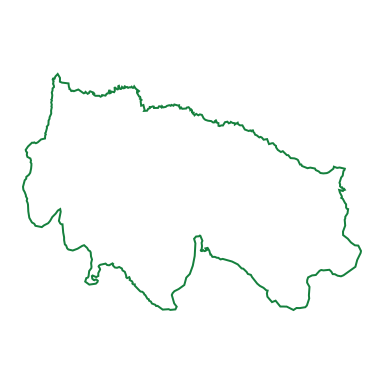 Tebe-Tebe, Berea, Lesotho
{"feature_id": "5366337B30705161784886", "entity_name": "Tebe-Tebe", "entity_type": "district", "adm_level": 2, "iso_a3": "LSO", "parent_name": "Lesotho", "parent_adm1": "Berea", "projection": "albers", "projection_center": [27.887, -29.222], "detail": "fine", "context": "isolated", "style": "outline", "palette": "green", "viewbox_px": 384, "rotation_deg": 0, "n_neighbors": 0, "source": "geoboundaries", "source_scale": "gbopen_adm2", "svg_char_len": 5869}
<svg xmlns="http://www.w3.org/2000/svg" viewBox="0 0 384 384"><path d="M309.2,298.5L308.9,295.3L309.5,286.9L307.1,282.6L307.2,280.1L308.1,277.4L312.1,275.4L315.8,275.0L319.6,270.8L321.2,270.0L323.5,270.4L329.4,269.8L331.3,271.6L332.7,274.1L334.9,274.2L337.6,275.7L341.0,276.3L343.5,275.3L355.4,266.8L357.2,260.0L360.6,253.0L361.0,251.0L358.3,245.6L354.9,245.3L351.0,242.5L347.8,238.7L343.1,235.1L343.0,231.6L345.2,225.6L344.7,219.7L345.2,218.7L345.3,216.7L347.5,213.4L348.1,209.1L346.8,208.7L346.1,207.5L346.1,204.3L344.9,202.8L342.8,198.8L341.3,197.9L341.9,197.2L341.8,196.2L339.9,192.6L339.2,190.0L342.9,191.0L343.6,190.2L344.8,189.8L344.0,188.7L342.4,188.5L342.1,187.4L341.2,187.4L340.0,186.3L340.1,184.3L339.5,182.8L341.2,177.4L342.7,175.7L343.4,171.2L344.5,169.9L344.8,168.7L339.6,167.5L337.1,167.9L333.9,166.7L333.4,168.7L328.7,172.3L326.8,173.1L323.3,173.4L320.4,173.0L318.7,171.4L315.8,170.1L314.9,168.5L310.2,167.6L307.5,168.2L302.0,166.0L301.3,164.5L300.0,164.5L298.0,160.1L296.7,159.2L294.5,158.4L290.6,158.1L288.3,155.2L286.8,155.1L282.8,151.2L280.9,152.0L277.8,149.9L276.1,147.4L276.0,145.9L274.5,144.9L273.2,143.3L272.2,143.2L269.0,144.1L267.1,139.1L263.6,139.7L261.9,137.6L260.6,136.9L259.3,137.4L256.7,135.3L255.1,134.7L254.5,133.2L253.3,131.8L253.0,130.4L252.1,130.4L251.3,131.2L250.2,130.4L248.8,131.0L244.8,129.5L242.4,125.3L239.9,125.3L238.1,124.1L237.7,122.7L234.8,124.5L234.7,123.2L232.5,122.9L230.8,121.9L230.0,122.9L228.8,123.3L227.4,121.7L225.0,122.2L222.9,125.5L221.3,125.4L219.6,126.1L218.5,125.8L218.4,123.1L217.1,122.8L215.9,120.4L214.8,121.2L214.8,122.3L213.2,122.5L211.2,121.1L208.0,120.7L205.3,119.8L203.7,118.4L201.9,114.9L199.9,114.4L198.3,115.3L196.2,113.9L194.5,115.3L194.1,114.4L192.9,113.6L193.5,112.6L192.0,112.2L192.0,110.4L191.3,109.5L190.3,110.2L190.0,108.8L188.6,107.2L186.8,107.6L186.2,108.5L182.2,108.8L181.0,107.4L180.1,108.4L179.1,106.6L179.1,105.3L177.9,105.5L174.3,104.5L173.5,105.7L171.4,104.9L170.7,105.8L169.3,105.2L166.9,105.9L165.7,106.9L163.1,107.4L162.0,106.2L161.5,107.4L160.1,106.3L158.9,106.4L158.1,107.9L154.0,108.0L153.8,106.6L152.8,106.4L151.0,107.1L149.8,107.0L149.8,108.2L148.2,108.8L147.1,110.7L144.1,110.9L144.6,109.9L143.4,105.0L141.2,105.7L140.6,101.0L141.5,100.0L140.0,98.9L140.5,98.3L140.1,96.8L139.2,96.6L137.0,92.8L137.1,91.0L137.7,90.9L138.5,91.6L139.0,91.1L135.8,88.7L134.2,86.4L133.5,87.8L132.6,87.8L131.6,86.7L130.8,87.4L129.1,87.3L128.4,87.8L127.6,87.7L127.1,87.0L125.8,87.2L124.8,86.3L124.5,86.6L124.9,87.8L123.8,88.3L123.0,88.1L122.0,87.0L121.3,88.8L120.7,89.0L120.1,88.9L119.3,87.5L118.9,85.8L118.4,86.0L118.2,87.0L118.6,88.2L117.9,89.3L117.3,89.4L115.0,87.6L114.6,87.8L114.8,90.9L114.1,92.2L111.1,91.5L110.9,92.8L109.9,93.3L109.2,92.3L109.5,90.6L109.1,90.6L108.7,92.2L107.7,93.6L106.7,93.7L105.5,95.6L102.1,95.1L101.8,96.1L100.5,96.7L99.3,95.8L95.6,95.8L94.6,95.4L92.9,93.8L93.0,93.2L93.9,93.2L93.5,92.6L90.1,91.3L89.5,91.7L89.1,92.9L87.7,93.8L85.5,91.9L84.8,93.0L83.7,93.3L78.3,89.5L73.9,91.2L72.8,90.7L71.9,91.1L71.1,90.9L70.5,89.6L69.4,88.9L69.6,88.5L68.9,86.9L68.5,83.4L61.9,82.6L59.9,81.7L60.0,77.9L57.7,74.0L55.3,76.6L54.6,78.7L53.7,79.2L53.7,78.4L53.0,78.6L52.7,79.7L53.4,80.5L53.6,81.5L53.2,81.9L53.4,83.1L53.0,83.8L53.8,85.4L54.0,87.0L52.6,88.4L52.5,90.7L51.8,92.5L52.3,95.2L51.9,98.8L51.3,99.7L51.9,100.6L51.2,102.3L51.8,104.8L51.4,106.5L51.8,107.1L51.1,110.5L51.2,113.7L49.6,117.2L49.5,118.9L48.6,120.5L48.4,124.7L46.8,126.7L47.0,127.9L45.7,132.7L45.2,133.2L45.8,134.6L45.2,135.2L45.0,138.5L41.1,139.4L37.8,142.3L36.3,143.1L35.7,143.2L34.2,142.4L33.7,142.8L32.0,142.7L28.0,146.5L25.7,149.9L26.2,151.6L27.1,152.4L26.8,154.9L27.4,156.9L30.4,158.5L31.0,160.5L30.6,162.3L31.4,163.5L31.4,165.3L31.1,168.5L30.2,172.8L28.9,174.8L26.3,176.9L26.2,178.7L24.7,180.3L23.0,186.8L23.4,189.8L24.6,191.9L25.9,195.2L25.9,196.3L27.2,198.7L26.7,200.8L27.6,202.9L28.0,204.7L28.3,211.4L29.3,217.8L31.9,222.4L34.3,223.8L35.4,225.8L41.8,227.1L44.1,225.3L48.2,223.2L50.1,220.9L52.3,217.0L55.7,213.6L57.8,210.6L60.2,209.1L60.7,211.7L58.9,220.9L60.3,223.5L61.5,224.3L62.5,224.3L63.2,232.6L64.1,237.3L64.1,240.1L64.9,244.5L66.1,245.4L67.2,248.4L68.4,249.5L72.8,250.5L77.6,248.7L82.2,245.9L84.1,245.2L87.1,247.9L88.5,250.3L90.1,251.2L90.7,252.4L91.0,256.4L92.0,259.5L91.1,263.1L91.5,266.8L91.3,268.2L89.2,271.0L88.5,276.5L87.8,277.6L86.3,278.1L85.2,281.6L89.3,284.6L95.8,283.7L97.5,282.0L97.8,280.7L96.3,279.5L95.3,279.6L94.6,280.2L93.7,280.0L92.3,278.7L91.9,276.1L92.6,275.5L96.2,277.1L98.3,276.0L98.3,273.1L100.1,269.5L99.8,268.3L98.6,266.6L98.9,265.8L100.2,264.8L105.6,263.6L107.1,265.0L109.1,265.3L112.5,263.4L113.1,263.9L112.8,264.4L113.0,265.5L114.9,267.5L117.0,267.8L119.2,267.0L121.9,268.5L122.5,270.4L124.8,271.8L126.1,275.4L126.3,277.4L127.1,278.1L129.3,277.2L129.9,278.7L129.7,280.0L132.1,281.4L132.7,282.6L132.4,283.6L133.2,284.3L134.8,284.4L134.8,285.7L140.0,291.1L140.8,291.6L142.4,291.8L144.0,293.4L144.3,294.5L145.3,295.1L147.4,298.7L148.8,299.3L149.0,300.6L150.9,301.6L151.9,303.5L155.3,304.8L156.1,306.0L157.6,305.9L162.7,309.6L168.6,309.2L170.4,309.9L175.4,309.4L176.7,306.7L174.2,303.4L171.8,295.0L172.6,293.2L174.4,291.2L178.6,289.1L184.3,285.0L186.3,277.6L189.8,274.0L192.8,265.7L194.7,256.0L195.4,243.3L194.1,238.8L196.1,236.5L198.9,236.3L199.9,235.6L200.4,235.9L202.4,240.8L201.6,242.8L202.0,246.0L201.7,249.0L200.8,250.3L201.2,251.0L202.0,251.1L203.2,250.2L204.3,251.1L205.1,251.0L206.7,250.1L205.5,248.4L207.6,247.9L209.3,250.7L210.4,254.6L211.0,254.5L212.4,256.9L214.9,256.9L217.0,257.8L218.3,257.8L220.5,259.4L222.7,258.9L232.0,261.5L237.8,264.4L241.6,268.4L243.3,268.7L246.7,272.0L247.8,273.9L250.9,274.9L252.0,277.0L257.2,283.6L259.9,285.9L263.5,287.8L266.4,290.4L267.6,290.6L266.9,293.3L267.4,296.7L272.0,302.1L275.6,300.7L280.3,306.5L286.7,306.6L293.5,310.0L296.5,308.0L299.7,308.1L305.3,307.2L306.9,305.5L309.2,298.5Z" fill="none" stroke="#15803d" stroke-width="2"/></svg>